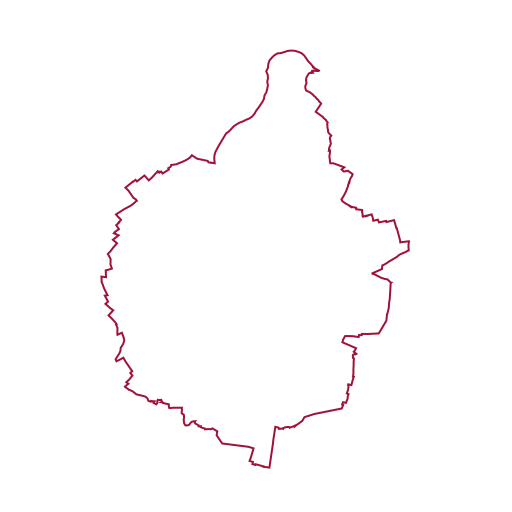 Maastricht, Limburg, Netherlands, rotated 7°
{"feature_id": "6326949B62006643577312", "entity_name": "Maastricht", "entity_type": "district", "adm_level": 2, "iso_a3": "NLD", "parent_name": "Netherlands", "parent_adm1": "Limburg", "projection": "albers", "projection_center": [5.703, 50.858], "detail": "fine", "context": "isolated", "style": "outline", "palette": "rose", "viewbox_px": 512, "rotation_deg": 7, "n_neighbors": 0, "source": "geoboundaries", "source_scale": "gbopen_adm2", "svg_char_len": 6010}
<svg xmlns="http://www.w3.org/2000/svg" viewBox="0 0 512 512"><g transform="rotate(7 256 256)"><path d="M238.8,438.8L245.3,446.2L271.7,446.3L277.0,447.2L276.4,451.0L275.4,456.8L274.6,460.2L278.1,460.8L277.8,463.0L280.8,463.5L280.9,462.7L289.1,463.9L289.0,464.3L295.1,464.4L295.7,439.1L295.6,438.7L295.7,437.3L295.6,436.9L296.0,423.2L299.3,423.6L299.7,424.8L303.3,424.0L303.7,424.0L304.0,424.2L304.3,423.3L305.8,422.5L308.1,421.9L309.5,421.7L310.3,422.4L310.6,422.1L313.9,420.6L314.3,420.2L316.2,419.1L316.1,419.6L316.8,418.8L320.3,415.7L322.1,413.8L323.8,410.0L333.2,405.7L359.7,396.9L360.7,393.2L359.6,392.9L360.2,390.5L363.1,390.8L364.3,386.6L364.2,384.0L364.7,381.8L362.9,381.3L363.7,377.6L363.7,372.7L363.1,372.7L363.2,372.1L366.4,372.5L367.2,366.7L367.8,364.0L366.9,363.9L367.0,362.6L367.1,361.8L366.4,355.5L366.4,354.4L365.8,348.8L365.7,345.8L364.9,345.6L364.2,343.0L364.7,341.8L366.1,341.6L366.3,341.7L367.5,340.9L364.7,339.1L365.9,337.3L366.5,335.3L352.3,331.1L352.7,328.2L354.2,324.6L361.2,323.8L367.7,323.9L367.9,322.8L367.9,321.8L370.4,321.8L370.8,321.3L370.6,320.4L376.5,319.8L387.3,317.9L393.3,304.3L393.1,297.8L393.4,297.6L394.1,291.9L393.8,285.3L394.0,282.5L393.0,266.3L393.3,266.0L393.0,266.0L389.4,263.2L386.8,263.1L382.7,262.3L375.0,259.4L373.9,259.5L373.7,258.9L378.5,256.1L382.6,253.6L382.5,250.0L384.3,248.9L386.7,247.1L388.2,245.7L394.8,240.6L396.2,239.5L397.4,238.0L398.9,236.8L401.5,235.2L403.9,233.9L405.6,232.6L406.9,231.9L406.0,226.9L406.0,224.2L406.2,222.8L406.0,222.7L397.5,224.9L397.4,224.6L397.7,224.4L392.4,211.3L392.0,211.4L388.7,203.6L381.3,206.4L380.8,205.3L374.0,207.7L372.5,205.1L368.1,206.7L367.1,203.5L365.7,200.6L361.7,202.2L361.8,202.4L360.0,203.2L359.8,202.8L357.4,204.0L356.8,203.2L356.9,202.0L356.4,200.8L356.4,200.4L355.8,199.3L356.0,198.4L355.9,197.8L355.7,197.4L349.7,197.4L349.5,195.9L345.2,195.6L345.0,196.0L343.2,195.3L343.4,194.9L338.6,193.0L335.0,191.1L333.9,189.4L335.3,186.6L337.0,182.3L337.5,180.7L338.9,175.2L338.7,174.6L339.3,172.1L339.2,171.1L339.3,171.0L339.7,171.4L339.8,169.9L340.1,168.2L340.8,166.2L341.4,165.4L342.0,163.0L336.9,160.2L332.9,161.5L330.4,159.7L332.8,157.2L321.7,154.6L318.4,154.9L317.9,153.1L317.4,150.8L316.8,148.9L316.7,147.4L316.8,143.6L316.6,142.5L316.2,142.8L315.7,142.8L315.8,142.6L315.4,141.2L315.4,140.8L315.6,139.3L316.5,136.0L316.6,135.3L315.5,131.8L315.1,131.0L315.0,130.2L315.0,129.3L315.2,128.7L316.1,127.4L313.3,125.2L312.9,124.7L312.6,124.3L312.2,123.1L312.3,123.0L312.2,122.5L311.2,119.6L311.1,118.8L311.1,118.0L310.6,116.8L310.6,116.3L310.9,114.7L309.7,113.8L309.3,113.0L308.6,112.3L306.8,111.2L306.0,110.6L305.5,109.9L297.7,105.6L302.1,96.8L301.3,96.0L300.3,95.3L298.3,93.2L297.0,92.4L295.5,90.9L294.0,90.0L292.3,88.5L291.8,88.3L291.1,87.8L290.2,87.4L289.4,86.9L286.3,86.0L285.5,85.5L285.1,84.6L284.6,83.5L284.2,81.5L284.8,79.2L285.0,78.6L284.9,78.2L285.0,78.0L284.9,77.4L284.3,75.9L284.2,74.6L284.3,74.4L284.2,73.8L284.4,72.6L284.6,71.9L285.7,69.4L286.5,68.1L287.2,67.7L288.1,67.6L288.7,67.6L289.4,67.4L288.5,67.0L289.0,65.6L290.2,66.1L290.4,65.8L290.2,65.1L290.3,64.9L293.6,65.0L295.7,64.7L295.9,64.3L289.7,61.9L289.9,61.2L289.5,61.1L286.9,58.6L284.1,56.4L279.5,51.2L276.4,49.1L273.1,48.2L269.5,47.6L265.7,47.8L262.2,48.7L256.2,51.5L252.6,52.3L249.6,54.7L247.5,57.3L245.4,60.6L244.8,64.1L245.0,67.7L243.6,71.4L245.5,74.6L246.2,78.2L245.9,81.6L247.0,85.1L246.8,88.8L246.3,92.3L244.9,95.5L244.7,99.2L243.5,102.5L240.3,108.7L238.5,111.7L237.2,115.0L235.2,118.0L232.6,120.3L229.4,122.1L226.6,124.0L223.3,125.7L220.7,127.7L218.1,130.0L216.0,132.9L214.0,135.6L211.4,138.0L205.6,151.0L203.1,157.5L202.5,161.0L202.7,164.5L203.7,169.0L199.8,168.8L199.8,169.0L197.3,168.8L196.5,167.5L185.7,166.6L180.0,163.8L178.7,166.1L178.3,166.5L176.7,167.9L174.5,169.6L171.3,171.6L167.8,173.4L166.1,174.6L160.7,176.0L160.4,177.8L158.2,179.6L159.0,180.8L153.2,185.5L151.5,183.7L150.0,185.0L149.3,184.1L148.6,184.8L148.0,184.0L143.1,190.9L140.4,194.0L135.5,189.7L128.7,196.5L127.1,195.1L124.8,197.5L124.6,197.3L118.1,204.1L121.7,206.9L126.9,212.9L127.3,213.2L129.9,214.5L131.0,215.7L130.1,216.5L128.5,218.4L125.7,221.2L122.3,223.6L119.8,225.3L112.0,231.8L114.2,233.8L116.3,235.4L117.7,236.6L115.6,239.3L116.0,239.6L115.3,240.3L113.5,242.4L116.7,246.0L112.7,249.7L113.0,250.1L112.3,250.8L117.1,252.2L112.0,257.3L116.5,260.3L113.4,264.8L111.0,269.0L108.7,272.0L112.0,276.6L112.2,277.2L112.1,278.0L112.4,279.5L112.5,281.9L114.5,286.1L109.9,288.1L108.6,288.5L109.7,295.3L105.1,295.3L106.0,300.5L105.9,300.6L106.8,302.0L109.0,306.3L109.7,307.5L113.4,313.0L110.8,313.8L114.7,319.3L112.4,321.9L117.7,325.5L120.9,327.3L116.9,332.9L121.4,336.4L124.3,338.9L125.9,340.6L125.4,341.0L127.0,343.7L127.2,344.2L127.4,345.4L127.8,349.9L128.0,350.8L128.1,351.1L132.2,348.5L134.5,352.8L134.5,353.0L135.5,355.8L135.5,356.4L134.8,359.7L132.9,363.7L133.0,366.7L132.1,369.8L131.0,371.8L129.6,374.9L129.3,375.4L129.3,375.8L129.5,376.2L130.4,377.5L134.6,374.7L136.7,373.1L139.5,376.8L147.2,385.5L145.5,387.4L147.9,389.8L145.1,394.2L142.7,397.1L144.9,398.4L143.4,399.8L141.8,401.7L142.3,402.1L145.5,403.8L146.1,404.3L147.3,404.5L149.1,405.0L150.6,405.7L154.1,407.9L161.4,408.7L162.9,409.0L164.2,409.5L165.5,410.5L166.0,411.4L166.9,412.9L169.1,413.4L169.4,412.7L169.8,412.9L169.9,412.7L171.0,412.7L172.9,412.6L172.0,413.8L172.0,414.2L175.1,415.3L175.8,414.4L175.9,411.6L176.1,410.7L178.1,410.7L179.5,410.3L179.8,411.1L180.6,412.2L180.0,412.6L180.6,412.6L181.8,413.0L181.8,413.3L187.5,413.8L187.9,416.3L188.5,417.5L192.4,416.7L201.0,415.6L201.3,418.9L201.2,419.0L201.4,421.1L202.6,421.9L203.4,422.1L203.7,422.3L204.2,424.7L204.3,426.6L204.1,426.8L204.5,428.6L204.9,430.2L205.2,431.0L206.4,432.6L206.6,432.7L207.2,432.7L208.2,432.4L208.9,432.4L209.2,432.3L209.9,432.0L210.5,431.3L211.4,429.6L212.3,428.5L213.1,428.0L215.8,427.4L215.6,427.9L215.5,428.7L216.2,429.7L219.6,431.0L219.7,432.0L222.0,431.7L221.9,432.6L224.3,433.2L226.1,433.4L226.5,434.3L230.1,433.5L232.3,433.5L233.6,432.4L238.9,434.7L238.8,438.8Z" fill="none" stroke="#9f1239" stroke-width="2"/></g></svg>